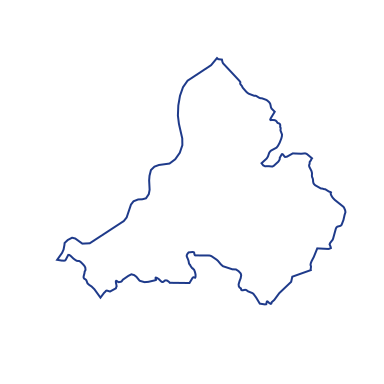 map outline of Trenciansky (orthographic projection), rotated 348°
{"feature_id": "SVK-1055", "entity_name": "Trenciansky", "entity_type": "Region", "adm_level": 1, "iso_a3": "SVK", "parent_name": "Slovakia", "parent_adm1": "", "projection": "orthographic", "projection_center": [18.211, 48.911], "detail": "fine", "context": "isolated", "style": "outline", "palette": "blue", "viewbox_px": 384, "rotation_deg": 348, "n_neighbors": 0, "source": "natural_earth", "source_scale": "10m", "svg_char_len": 4996}
<svg xmlns="http://www.w3.org/2000/svg" viewBox="0 0 384 384"><g transform="rotate(348 192 192)"><path d="M175.9,159.5L182.4,156.5L188.2,151.1L192.3,144.2L193.6,137.6L193.4,124.2L193.4,122.4L194.1,114.3L196.6,104.5L200.3,95.3L205.0,87.6L210.8,82.2L237.1,71.9L244.3,66.2L245.2,67.5L248.8,68.7L248.8,71.0L248.9,71.5L249.0,72.1L249.2,72.7L261.3,92.8L261.8,93.8L262.1,94.6L262.0,95.0L261.7,95.8L261.7,96.2L261.8,96.7L262.8,98.6L263.0,99.2L263.1,99.7L263.1,100.0L263.4,100.7L265.9,105.2L266.9,106.6L268.0,107.7L272.8,110.8L273.1,110.9L273.7,110.9L274.2,111.1L274.9,111.5L277.2,113.7L278.1,114.3L278.8,114.6L279.9,114.9L283.6,117.2L284.6,118.1L286.2,120.3L286.8,121.8L286.9,123.9L286.8,125.1L287.0,126.3L287.2,127.0L289.6,130.7L284.3,136.3L283.6,137.4L283.8,138.0L284.2,138.1L285.0,138.1L287.8,138.9L288.2,139.2L288.7,139.6L289.1,140.1L289.4,140.5L289.9,141.9L290.2,142.3L290.5,142.5L291.2,142.9L291.6,143.2L291.9,143.6L292.1,143.9L292.2,144.4L292.2,145.0L291.9,146.2L291.8,146.7L291.8,147.1L292.0,147.5L292.0,148.0L291.9,148.4L291.6,149.3L291.4,149.9L291.4,150.5L292.0,154.5L291.5,156.2L290.5,158.2L288.0,162.0L285.7,164.7L283.9,166.2L278.0,167.9L276.7,168.7L275.6,169.8L273.7,173.0L272.6,174.2L271.8,174.9L266.0,178.3L267.2,180.8L268.8,182.0L272.4,182.7L275.2,183.6L275.9,183.8L277.4,183.4L282.7,180.3L284.0,179.0L284.7,178.0L284.8,177.5L284.9,176.9L285.2,176.5L287.7,173.7L288.2,173.7L288.7,174.1L289.9,176.6L290.3,177.1L292.2,177.2L298.6,175.2L306.8,177.3L310.6,177.7L311.7,178.3L312.4,178.9L316.4,184.0L315.4,184.9L315.1,185.5L314.6,186.0L314.2,186.4L313.8,186.6L313.5,186.9L313.3,187.3L313.2,187.8L313.0,188.4L312.8,189.1L312.2,189.9L312.0,190.6L312.0,191.7L313.2,196.3L313.3,197.8L313.2,199.0L312.7,200.8L312.6,201.6L312.6,202.4L312.9,203.8L312.9,204.5L312.9,205.3L312.6,207.2L312.7,208.9L313.1,209.8L313.9,211.0L318.4,215.0L318.9,215.4L319.4,215.5L320.3,215.8L320.8,216.1L321.6,216.6L322.1,216.8L322.9,217.0L326.0,220.0L327.2,220.7L327.8,221.1L327.9,221.4L327.4,222.0L327.3,222.7L327.4,223.7L328.0,225.8L328.7,227.3L330.0,229.4L336.9,237.8L337.4,238.7L338.0,241.6L337.9,243.6L337.6,244.2L337.2,244.9L336.6,245.9L334.3,250.9L331.5,255.2L330.8,255.7L329.9,256.0L327.0,256.1L325.9,256.7L325.0,257.9L320.3,267.0L319.6,268.0L316.7,270.4L316.1,271.2L315.7,271.8L316.2,274.5L316.2,275.7L314.8,276.0L313.7,276.1L302.8,273.2L297.6,280.9L294.7,284.4L293.8,285.7L293.3,286.6L292.9,287.5L292.8,288.1L292.8,288.6L292.9,289.0L292.9,289.5L292.8,290.0L292.1,292.0L292.0,292.4L292.0,293.1L272.5,295.7L270.3,300.5L256.3,309.1L250.0,314.7L247.0,316.4L246.7,316.8L246.6,317.1L246.5,317.5L246.2,317.7L245.8,317.8L244.5,316.7L243.2,314.8L242.8,314.6L242.4,314.8L241.9,315.8L241.4,316.9L241.3,317.2L239.9,317.1L235.1,315.3L232.8,308.6L230.9,304.4L230.0,303.4L226.1,300.8L225.1,299.6L224.4,299.0L223.6,298.7L221.2,298.7L220.4,298.5L219.8,297.9L219.8,296.5L219.1,295.8L218.6,295.2L218.2,293.9L218.4,292.0L220.0,289.0L221.7,286.4L222.8,283.6L222.7,281.8L221.1,279.1L218.9,276.9L215.4,276.0L206.8,271.0L205.2,268.8L203.1,264.8L202.0,263.3L197.7,258.8L196.1,257.8L182.0,254.7L181.6,254.3L181.4,253.0L181.5,252.2L181.4,251.5L180.8,251.1L180.2,250.8L176.1,250.4L174.7,251.5L173.7,252.8L173.5,253.6L173.6,254.6L174.0,256.5L174.2,257.8L174.3,259.0L174.2,261.1L174.4,261.9L174.6,262.5L174.8,262.6L175.0,262.9L175.1,263.4L175.3,264.3L176.2,266.3L176.3,266.5L176.5,266.7L176.8,266.8L177.1,267.4L177.2,267.7L177.5,267.9L177.7,268.2L177.9,268.6L178.2,270.5L178.3,272.1L178.3,273.5L177.9,275.4L177.6,276.1L177.2,276.5L176.3,276.0L175.8,275.7L175.0,275.9L174.5,276.3L170.6,280.5L151.4,276.2L151.1,275.6L150.6,274.9L149.3,273.5L148.4,273.1L147.3,272.9L146.6,273.2L145.9,273.6L144.8,274.0L144.0,273.8L143.1,272.9L141.5,270.4L140.0,268.9L139.3,268.4L138.7,268.2L138.5,268.4L138.4,268.8L138.4,269.2L138.5,269.6L138.6,270.1L138.5,270.5L137.3,270.7L130.5,270.8L126.8,270.3L123.2,268.4L122.5,268.0L122.1,267.5L120.0,263.4L118.2,261.3L115.6,259.9L112.3,260.8L106.1,263.4L104.8,264.6L104.3,264.9L103.6,265.0L101.7,265.0L101.2,264.8L99.8,263.3L99.4,263.1L99.1,263.3L98.9,263.7L98.8,264.3L98.7,265.6L98.8,266.5L98.7,267.0L98.7,267.4L98.7,267.9L98.7,268.5L98.1,269.3L97.5,270.4L91.1,272.3L88.2,270.7L87.8,270.7L87.3,270.8L86.9,271.1L86.5,271.5L85.1,272.3L80.5,276.3L76.3,266.8L74.1,263.5L72.2,261.6L71.4,260.5L70.8,259.7L70.3,256.4L69.7,255.4L68.6,254.4L68.3,253.7L68.2,253.0L68.5,251.9L68.9,251.1L69.6,249.7L70.0,248.9L70.3,247.9L70.6,247.3L71.4,246.5L71.7,245.7L71.9,243.6L71.3,241.7L70.2,239.8L68.7,237.5L67.8,236.5L67.2,236.0L65.5,235.6L65.1,235.4L64.7,235.1L64.4,234.8L64.1,234.6L62.2,232.5L59.9,229.1L58.8,228.0L57.9,227.8L54.5,231.9L53.8,232.5L53.3,232.6L52.7,232.6L50.3,232.0L46.0,230.3L52.3,224.5L54.4,221.6L56.2,217.3L56.8,215.4L60.5,213.1L65.2,211.8L68.1,213.2L74.0,219.7L81.3,220.9L103.3,212.4L119.3,206.2L122.8,203.3L129.7,191.6L132.9,188.9L137.8,188.1L141.9,188.8L145.7,188.6L149.3,185.1L151.0,181.0L152.5,171.7L153.8,167.3L156.4,162.0L160.5,159.4L165.3,158.7L175.9,159.5Z" fill="none" stroke="#1e3a8a" stroke-width="2"/></g></svg>